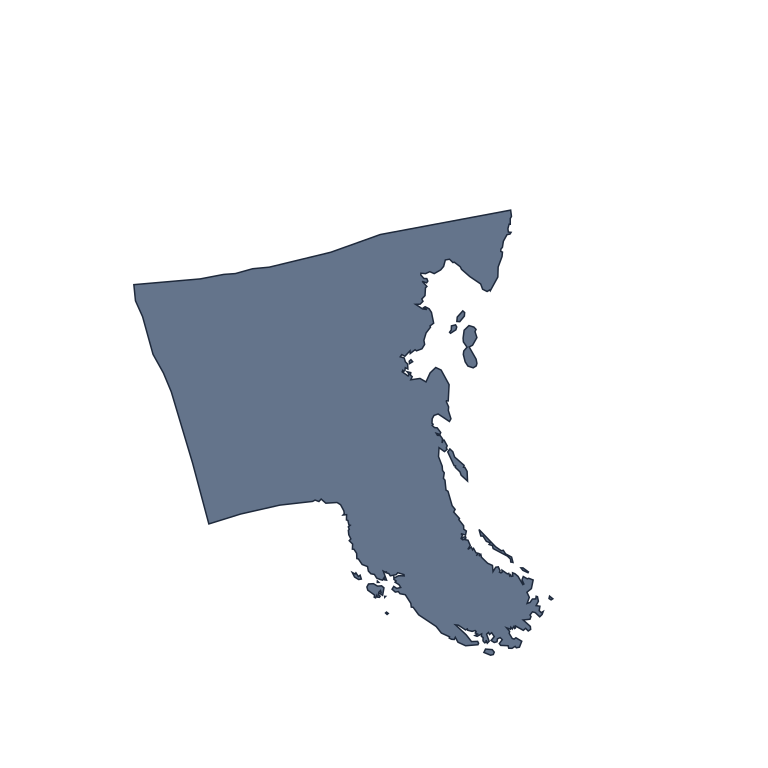 outline of Fakfak, Papua Barat, Indonesia, rotated 215°
{"feature_id": "22746128B79106566109504", "entity_name": "Fakfak", "entity_type": "district", "adm_level": 2, "iso_a3": "IDN", "parent_name": "Indonesia", "parent_adm1": "Papua Barat", "projection": "mercator", "projection_center": [132.521, -3.203], "detail": "fine", "context": "isolated", "style": "filled", "palette": "slate", "viewbox_px": 768, "rotation_deg": 215, "n_neighbors": 0, "source": "geoboundaries", "source_scale": "gbopen_adm2", "svg_char_len": 6185}
<svg xmlns="http://www.w3.org/2000/svg" viewBox="0 0 768 768"><g transform="rotate(215 384 384)"><path d="M645.9,321.9L635.3,309.6L620.4,300.7L590.2,275.8L571.0,266.5L553.8,255.6L495.4,209.4L447.2,168.9L426.9,195.2L399.9,225.0L375.1,246.9L373.9,249.4L369.9,250.4L369.5,253.7L363.3,253.0L354.5,260.0L350.3,260.2L344.2,257.1L342.2,255.1L342.4,253.2L339.7,255.5L336.8,251.1L335.3,251.5L332.0,248.5L330.7,248.9L331.3,246.5L329.1,245.1L329.3,243.7L326.4,240.3L322.3,238.1L322.6,235.7L317.9,234.9L315.2,230.6L313.8,231.4L309.3,229.6L306.1,225.4L304.6,226.0L298.4,223.6L292.8,225.0L289.5,221.8L285.9,221.0L282.6,222.5L278.7,220.8L274.8,221.7L272.7,222.5L272.8,225.4L271.4,223.8L269.4,224.8L277.3,230.3L274.5,230.7L274.5,232.1L274.0,230.6L271.3,231.5L268.8,230.5L264.7,234.8L264.5,237.3L258.3,239.3L257.4,238.4L262.0,235.4L264.1,231.5L265.4,231.8L263.8,229.6L261.1,229.6L261.3,228.0L256.5,228.2L253.6,226.9L256.3,223.9L259.9,223.8L259.7,220.5L255.4,220.0L253.2,222.2L250.6,221.4L245.7,223.6L236.2,219.7L233.7,216.9L232.0,217.8L223.2,214.8L202.2,215.3L194.2,212.9L185.3,214.5L184.9,213.3L182.3,213.6L179.9,215.0L180.3,217.4L175.3,214.9L167.0,216.4L157.5,224.3L157.8,225.9L159.7,226.9L164.6,223.2L172.9,225.7L187.3,227.7L184.7,229.1L176.1,229.3L175.3,231.1L174.2,230.3L169.9,231.9L168.0,234.3L166.6,234.1L166.4,232.4L164.0,232.8L165.3,230.1L163.0,230.7L160.7,235.3L159.4,233.1L157.5,233.2L155.6,230.4L153.1,229.7L152.3,230.8L153.4,232.8L150.7,230.9L150.3,233.6L156.5,237.9L155.9,240.4L153.9,239.3L153.1,242.0L148.8,240.3L149.2,235.3L145.4,235.5L143.6,237.7L144.9,240.3L143.4,242.9L140.5,242.4L140.7,237.5L138.5,236.8L132.2,240.8L130.3,239.1L127.5,240.9L126.1,244.3L124.3,243.8L122.1,246.1L123.6,252.3L130.4,251.8L131.1,249.7L133.0,249.1L138.4,251.5L139.2,253.4L143.7,254.6L139.9,255.6L140.6,257.5L138.4,256.8L138.5,259.9L136.7,258.7L136.4,259.5L137.4,261.2L128.6,262.1L127.8,265.1L124.2,264.4L123.1,267.1L125.1,269.4L134.7,270.5L129.5,275.0L130.2,277.8L131.9,278.5L131.7,282.5L129.0,283.5L122.9,282.6L122.3,285.8L123.1,289.0L124.1,286.9L126.9,287.4L128.8,291.4L132.3,289.7L132.9,294.6L136.3,297.8L137.6,297.4L136.4,295.0L139.1,293.0L139.1,288.8L140.9,286.3L142.6,292.6L147.5,295.4L145.9,300.9L149.4,309.0L154.0,307.9L154.9,306.6L159.5,306.2L158.6,302.7L154.7,300.4L155.2,299.3L163.8,303.3L167.9,303.7L170.4,303.1L168.3,300.5L169.4,299.4L170.8,300.4L170.9,298.9L173.2,300.5L174.1,299.2L180.6,299.2L179.3,297.4L179.9,296.3L181.5,296.1L181.7,297.5L185.5,299.8L187.4,298.0L187.1,292.9L191.1,297.6L196.3,296.6L204.8,298.0L206.9,299.9L207.5,297.5L207.5,299.8L209.8,299.3L209.8,296.2L209.8,299.3L211.9,298.5L216.3,300.7L216.3,299.0L218.9,300.5L220.5,296.6L220.7,301.2L225.6,304.2L229.3,302.6L228.6,304.9L229.7,305.7L232.0,302.8L230.7,301.6L232.2,301.6L233.1,305.2L235.1,305.6L230.6,307.0L232.2,310.8L235.4,310.8L237.5,313.6L244.9,315.8L245.0,317.1L253.5,319.1L253.8,322.1L258.4,323.4L270.0,332.8L272.4,332.7L278.9,340.2L281.2,340.8L283.7,345.8L286.5,346.8L289.2,350.1L297.7,355.8L302.4,363.4L295.7,363.3L294.8,366.6L296.3,367.4L296.8,369.6L302.6,372.5L303.4,372.1L302.6,369.0L304.7,372.7L308.4,374.0L310.8,372.6L313.0,373.6L309.2,374.8L309.7,376.8L315.3,378.6L317.6,377.3L320.8,377.7L320.7,379.2L322.2,379.4L324.6,383.2L325.0,386.9L322.5,390.5L308.9,390.8L309.2,393.9L316.1,399.2L317.9,402.3L322.7,405.2L323.2,406.1L321.7,407.0L330.3,420.8L345.2,428.2L351.1,427.2L352.6,419.6L350.8,409.8L357.7,409.2L364.5,402.8L365.1,406.2L367.4,406.4L368.6,408.7L372.0,407.3L369.1,406.5L368.9,404.4L376.1,404.4L376.4,406.0L375.2,405.6L374.6,406.9L375.9,409.6L373.1,410.0L376.1,413.9L379.2,414.4L382.4,416.9L386.3,415.6L386.3,418.3L382.8,418.7L381.7,426.1L380.0,424.0L378.2,429.9L376.4,429.8L373.1,434.6L373.4,439.7L376.4,442.7L378.8,449.9L378.5,457.2L379.6,458.0L378.2,462.3L386.2,469.9L390.2,471.5L394.6,470.9L395.3,469.3L391.6,469.6L395.5,467.6L403.8,467.4L400.2,470.1L399.5,474.1L401.8,475.3L401.1,479.9L405.2,486.6L404.8,488.5L411.6,490.0L407.1,491.3L407.1,493.4L409.4,494.9L411.9,493.3L416.5,494.5L417.3,495.9L413.3,498.2L410.9,502.3L406.2,503.2L403.0,510.0L402.6,514.5L404.9,520.8L401.9,523.8L397.2,523.0L396.3,524.1L388.8,523.8L386.3,522.4L375.4,521.2L362.2,521.4L357.6,518.2L352.6,518.9L351.3,521.8L350.4,521.3L352.1,536.9L357.6,545.3L360.4,556.1L362.6,560.0L364.4,559.6L365.6,561.5L365.4,563.9L368.1,569.4L368.9,576.9L366.8,579.1L366.9,581.1L369.3,579.8L371.6,582.3L373.2,586.7L372.2,587.3L375.5,592.0L375.7,594.4L380.0,599.1L472.8,504.3L503.1,461.5L545.0,413.9L557.7,403.1L569.1,389.2L578.2,381.8L594.8,364.7L645.9,321.9ZM325.5,446.8L320.2,448.4L318.8,451.7L319.7,454.2L322.8,457.2L335.5,463.2L333.7,466.5L334.5,475.3L339.5,479.1L339.9,481.5L343.0,482.2L347.9,480.6L349.2,474.0L345.5,466.9L343.1,464.0L337.1,461.8L337.6,456.8L336.0,453.7L330.2,448.7L325.5,446.8ZM268.4,353.5L259.9,352.4L265.8,360.1L270.0,362.1L271.1,361.4L271.7,363.3L284.3,364.7L288.8,368.0L292.8,368.6L292.8,364.9L279.7,357.3L278.4,357.9L277.8,356.6L271.4,355.6L268.4,353.5ZM279.0,205.8L270.7,205.7L269.7,203.7L268.2,204.0L268.7,206.9L267.2,205.6L265.4,206.6L265.4,208.0L267.1,208.0L268.8,210.3L268.4,212.8L266.7,211.5L267.3,210.0L263.9,210.1L267.1,217.0L270.2,217.3L273.4,214.7L278.1,214.4L282.0,211.3L281.6,207.9L279.0,205.8ZM179.9,313.1L178.1,310.9L176.0,311.8L180.2,315.4L187.0,314.6L190.9,316.2L192.3,314.7L199.2,314.7L222.7,319.3L217.5,315.0L215.6,316.2L209.9,313.8L206.0,314.8L205.9,312.8L202.5,313.8L200.2,311.8L184.2,313.8L179.9,313.1ZM143.0,228.5L148.8,225.1L148.2,221.4L141.1,223.0L139.3,225.1L139.9,227.6L143.0,228.5ZM361.4,489.1L362.4,480.8L360.2,477.0L357.7,478.5L357.1,485.7L358.9,488.8L361.4,489.1ZM359.3,473.5L362.1,470.3L359.9,466.8L360.0,464.0L358.6,463.7L356.2,469.6L357.1,472.4L359.3,473.5ZM297.4,209.0L292.6,209.3L290.7,211.2L293.9,213.7L294.6,211.6L298.7,213.2L298.7,211.8L301.9,211.4L297.4,209.0ZM166.4,311.9L163.4,311.0L157.8,312.0L157.9,312.9L164.7,313.1L166.4,311.9ZM375.9,419.4L376.4,417.1L374.8,415.3L373.3,418.7L375.9,419.4ZM123.3,303.0L122.5,304.9L126.7,305.2L125.8,302.9L123.3,303.0ZM251.1,198.6L251.4,197.3L249.3,197.0L248.9,198.5L251.1,198.6ZM276.4,218.8L275.7,217.6L274.5,218.5L276.4,218.8ZM260.9,210.9L261.6,210.5L261.1,209.8L260.9,210.9Z" fill="#64748b" stroke="#1e293b" stroke-width="1.5"/></g></svg>